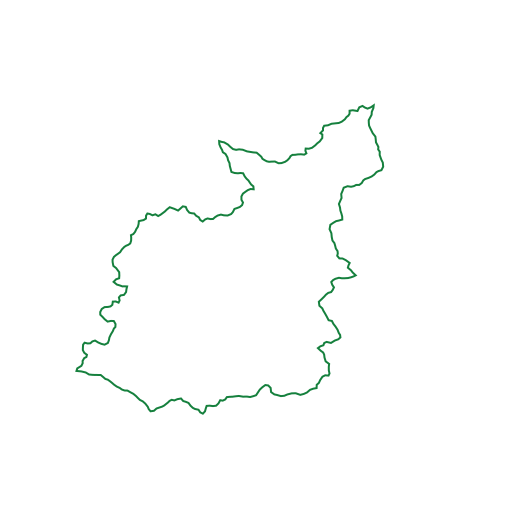 Oliveira, Minas Gerais, Brazil, rotated 300°
{"feature_id": "56859067B19683388883575", "entity_name": "Oliveira", "entity_type": "district", "adm_level": 2, "iso_a3": "BRA", "parent_name": "Brazil", "parent_adm1": "Minas Gerais", "projection": "orthographic", "projection_center": [-44.715, -20.754], "detail": "fine", "context": "isolated", "style": "outline", "palette": "green", "viewbox_px": 512, "rotation_deg": 300, "n_neighbors": 0, "source": "geoboundaries", "source_scale": "gbopen_adm2", "svg_char_len": 5272}
<svg xmlns="http://www.w3.org/2000/svg" viewBox="0 0 512 512"><g transform="rotate(300 256 256)"><path d="M244.6,335.8L247.8,333.3L251.3,334.4L255.0,335.4L257.5,335.9L260.2,337.0L262.3,339.1L264.9,339.4L267.8,339.2L269.2,336.4L271.1,334.2L273.7,334.8L275.9,336.1L278.6,338.7L279.6,341.4L280.8,343.5L282.9,346.7L284.9,348.8L287.1,350.7L289.1,352.0L290.1,347.8L291.1,345.5L291.8,341.4L294.1,340.8L296.8,340.6L297.3,335.8L297.1,332.2L295.6,329.4L296.8,326.2L299.0,325.6L301.0,324.2L302.4,321.4L304.6,319.3L306.4,317.4L307.6,314.5L310.3,312.1L313.4,309.9L316.0,306.3L320.2,304.8L323.7,306.5L326.3,308.0L328.0,309.9L330.7,312.5L333.3,310.9L335.5,308.7L337.5,306.4L340.0,304.5L342.5,301.8L345.9,301.4L349.0,301.1L352.3,298.8L355.7,298.4L359.0,297.8L362.2,300.4L363.5,303.7L365.4,305.8L367.6,307.2L369.2,309.9L372.1,311.1L375.1,311.1L377.2,312.0L379.9,314.4L382.7,316.4L385.6,317.7L388.9,318.4L390.8,319.6L393.0,321.7L396.9,321.5L400.3,319.1L402.0,316.5L403.5,314.7L405.3,312.6L408.2,311.0L409.4,308.5L411.6,307.5L413.0,305.4L414.4,303.1L416.7,301.5L419.1,299.7L420.7,295.7L422.5,293.0L424.1,290.6L425.5,288.7L427.6,287.2L430.0,285.7L433.3,285.6L436.1,285.5L438.7,284.2L442.8,283.7L445.3,282.6L442.2,281.1L439.4,278.9L439.0,275.9L439.2,273.2L436.4,271.1L432.3,271.4L430.6,266.9L428.6,264.4L426.0,265.9L423.7,265.8L421.6,264.9L418.8,264.6L415.2,263.1L412.6,261.2L410.5,258.3L408.3,255.3L405.2,253.0L402.9,249.9L400.4,250.0L398.3,251.2L394.6,250.3L394.4,252.7L391.3,254.4L387.1,253.9L384.2,252.7L381.5,252.0L377.7,250.4L375.3,248.1L373.9,245.3L371.8,246.2L370.1,248.3L367.9,247.1L366.6,244.1L364.9,241.4L363.2,239.3L361.8,237.0L359.8,236.0L357.5,236.0L354.6,235.3L352.1,234.1L349.2,231.6L347.6,229.1L347.3,225.2L345.6,222.4L344.1,220.2L343.4,218.0L343.3,215.3L343.4,213.0L344.6,211.0L345.2,208.2L345.8,204.9L344.3,201.7L343.4,199.3L342.1,195.9L341.4,191.4L339.9,188.0L338.0,185.7L337.1,182.6L337.7,179.1L338.5,176.0L338.5,171.6L337.7,169.4L337.1,166.6L334.5,168.3L332.4,171.0L330.9,173.6L329.3,175.4L329.1,178.6L327.1,182.0L325.0,183.9L323.2,186.6L320.9,188.3L318.8,190.4L316.5,192.7L317.2,196.0L318.6,199.0L320.1,201.0L321.2,203.5L319.3,206.4L318.2,209.1L317.6,211.7L316.5,213.9L315.5,216.0L315.0,218.9L312.6,220.6L311.3,217.8L309.0,216.0L306.7,214.9L303.5,213.5L300.3,213.6L297.4,215.3L295.8,218.0L293.1,218.5L290.4,217.5L288.4,215.9L286.0,213.8L282.4,214.0L279.9,213.5L276.9,211.2L275.2,207.9L274.3,204.9L271.8,202.5L269.1,201.1L266.6,200.3L265.2,198.1L264.3,195.3L262.3,193.7L259.2,192.6L259.3,189.7L260.9,187.2L260.9,184.1L261.9,181.2L260.9,179.0L260.2,176.6L261.4,173.3L263.4,170.6L262.4,167.8L259.0,166.7L256.4,165.8L256.0,161.7L255.1,156.9L251.8,155.6L248.9,154.8L246.1,153.6L244.0,152.7L241.7,151.3L241.8,148.0L239.5,146.0L239.3,143.0L238.5,140.7L236.0,140.6L233.4,142.0L230.9,140.7L229.2,138.8L227.6,137.1L225.1,138.3L222.2,139.1L219.4,138.9L216.5,139.2L213.7,138.8L211.5,137.3L209.6,138.7L206.8,140.2L204.0,140.8L201.8,139.8L200.0,138.4L198.0,137.4L194.7,136.6L191.3,136.4L188.8,135.3L186.7,134.3L184.2,133.4L181.1,133.6L179.0,134.9L176.1,137.4L175.6,140.9L174.6,143.2L173.6,145.6L170.6,147.5L168.3,148.6L165.9,146.5L162.4,145.6L161.7,149.8L162.4,152.7L162.9,155.5L164.1,157.5L165.2,159.6L162.5,160.4L159.8,161.5L156.3,161.1L154.2,158.5L151.6,158.0L149.3,160.1L146.9,160.3L146.5,157.3L144.9,154.8L141.9,156.0L139.6,155.2L137.9,153.3L136.0,150.4L133.0,148.9L129.6,149.1L127.3,150.5L126.5,153.7L125.6,156.5L125.0,160.3L127.3,162.9L128.6,165.4L126.8,168.4L124.2,169.7L122.1,169.2L119.3,169.6L115.8,169.5L112.1,169.8L109.6,170.7L106.6,171.2L103.5,169.2L102.6,166.1L102.2,162.6L102.3,158.9L100.2,157.0L97.6,156.2L96.1,154.0L95.2,150.9L92.8,150.6L90.5,151.7L87.9,153.1L86.3,155.7L85.9,159.0L83.7,159.6L81.7,158.3L78.4,158.3L76.5,159.5L73.6,159.7L71.5,158.6L69.3,157.4L66.7,158.0L68.7,162.4L70.0,166.8L69.9,170.7L71.5,174.2L73.6,178.0L75.3,181.0L74.8,184.0L74.2,187.0L74.8,189.5L74.5,192.4L74.1,194.9L73.6,197.4L73.3,200.7L73.6,204.0L73.3,206.5L73.8,209.4L75.2,212.0L75.2,215.4L75.3,218.7L74.7,222.2L74.0,224.6L73.3,227.4L73.5,230.6L72.8,234.0L71.3,237.7L69.8,239.6L68.8,242.3L70.9,245.0L74.2,246.1L76.7,248.3L78.6,250.0L80.5,251.2L82.8,252.1L85.1,253.0L87.3,253.6L89.3,254.9L90.1,257.5L92.7,259.5L95.1,262.3L94.0,265.5L94.6,268.0L95.0,271.0L93.6,274.2L92.9,277.2L93.0,279.6L94.1,283.1L92.7,285.9L92.9,288.8L96.0,289.5L99.0,288.7L101.5,288.2L103.2,290.7L104.5,293.8L106.4,296.3L109.6,297.2L113.2,297.1L114.1,299.5L116.4,301.1L119.2,301.3L120.8,303.5L122.4,306.0L124.4,308.6L126.2,311.1L127.7,315.1L129.7,318.4L130.9,321.4L133.3,323.8L135.5,325.7L139.0,325.9L142.2,326.1L145.5,327.1L148.9,328.6L150.0,331.3L149.1,334.6L145.7,337.1L145.3,341.1L146.1,343.5L147.1,347.6L149.1,350.4L151.8,352.4L154.9,355.6L157.0,359.0L157.9,363.8L160.5,366.4L163.3,368.4L167.1,369.7L169.7,371.9L171.9,374.5L174.8,373.0L177.5,373.9L180.7,373.6L184.7,373.9L187.3,375.6L188.7,378.6L191.0,378.4L193.3,376.3L196.3,374.5L199.1,373.3L199.6,369.0L202.3,366.1L204.7,364.3L206.0,362.4L206.3,359.5L207.2,355.7L210.0,356.9L212.4,359.0L214.8,358.6L216.9,360.1L218.2,364.4L222.3,366.6L225.0,368.9L227.7,369.8L229.7,368.3L230.8,366.1L232.9,363.5L234.6,360.2L235.9,357.0L237.7,354.2L236.7,351.0L238.9,347.6L240.8,344.4L242.3,341.7L243.8,339.6L244.6,335.8Z" fill="none" stroke="#15803d" stroke-width="2"/></g></svg>